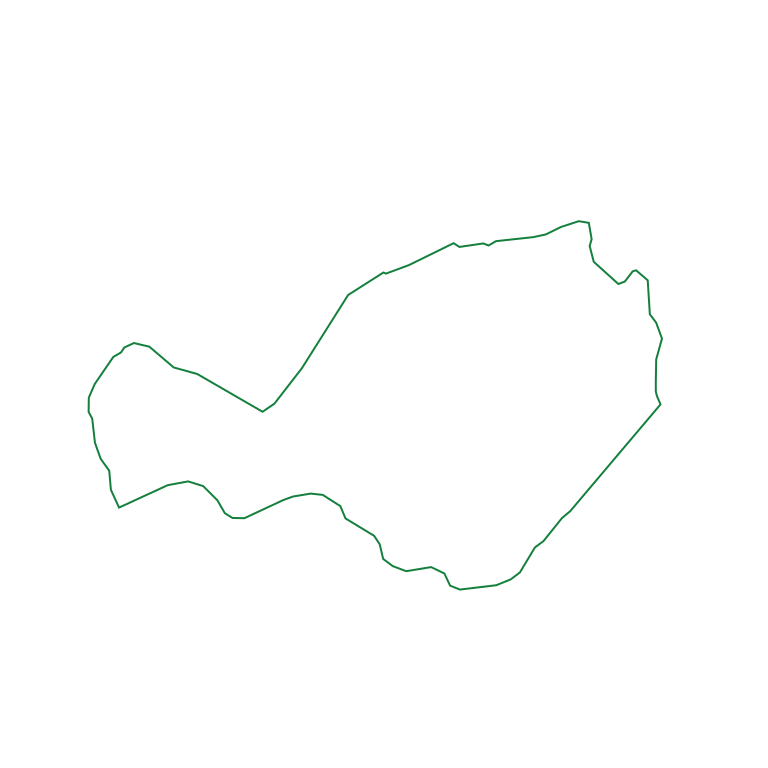 Huitán, Quezaltenango, Guatemala (Equal Earth projection), rotated 212°
{"feature_id": "79465075B44657953271022", "entity_name": "Huitán", "entity_type": "district", "adm_level": 2, "iso_a3": "GTM", "parent_name": "Guatemala", "parent_adm1": "Quezaltenango", "projection": "equal_earth", "projection_center": [-91.624, 15.046], "detail": "fine", "context": "isolated", "style": "outline", "palette": "green", "viewbox_px": 768, "rotation_deg": 212, "n_neighbors": 0, "source": "geoboundaries", "source_scale": "gbopen_adm2", "svg_char_len": 1114}
<svg xmlns="http://www.w3.org/2000/svg" viewBox="0 0 768 768"><g transform="rotate(212 384 384)"><path d="M168.9,296.2L169.4,325.4L165.5,335.3L162.0,364.8L158.7,374.8L138.7,513.2L146.4,518.6L149.5,521.7L154.3,529.3L166.2,549.1L172.3,569.8L185.8,580.3L195.5,584.0L215.3,611.7L230.5,614.0L232.8,611.3L234.1,598.4L238.3,593.0L270.9,598.8L282.7,610.0L284.7,616.9L295.7,629.2L305.1,625.3L317.1,611.0L326.1,596.5L335.3,587.6L364.7,564.5L368.7,556.9L374.3,555.8L392.7,540.2L399.6,540.3L425.9,498.0L440.8,478.7L443.6,478.2L461.6,440.5L462.0,353.9L466.5,309.3L472.3,296.1L547.7,293.5L571.1,286.6L602.8,291.3L617.8,286.2L623.6,277.3L623.7,271.5L627.9,263.5L629.3,230.8L627.1,216.0L619.7,203.8L613.1,200.0L598.0,181.0L584.6,170.4L571.0,164.8L559.6,149.6L543.2,138.8L513.8,183.6L498.5,197.6L483.2,201.6L463.7,197.1L450.5,190.1L441.5,190.1L431.3,196.2L408.0,232.1L401.6,240.3L388.1,252.2L377.2,257.5L356.3,257.3L345.4,249.6L311.9,250.0L302.7,245.8L292.0,235.2L280.1,234.2L266.0,237.0L247.0,253.7L232.4,255.3L221.0,248.0L210.7,249.9L182.1,272.9L173.0,285.5L168.9,296.2Z" fill="none" stroke="#15803d" stroke-width="2"/></g></svg>